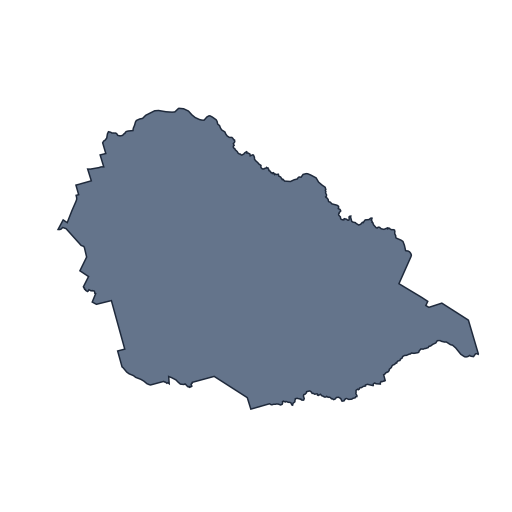 Etheridge, Queensland, Australia (Natural Earth projection), rotated 159°
{"feature_id": "25037944B75577230273205", "entity_name": "Etheridge", "entity_type": "district", "adm_level": 2, "iso_a3": "AUS", "parent_name": "Australia", "parent_adm1": "Queensland", "projection": "natural_earth1", "projection_center": [143.382, -18.563], "detail": "fine", "context": "isolated", "style": "filled", "palette": "slate", "viewbox_px": 512, "rotation_deg": 159, "n_neighbors": 0, "source": "geoboundaries", "source_scale": "gbopen_adm2", "svg_char_len": 6086}
<svg xmlns="http://www.w3.org/2000/svg" viewBox="0 0 512 512"><g transform="rotate(159 256 256)"><path d="M83.5,85.0L80.7,120.0L99.4,145.4L113.0,146.1L115.2,148.9L111.9,152.1L116.0,157.8L132.5,178.9L111.7,199.7L110.8,200.8L110.6,201.5L110.6,203.0L111.2,204.9L112.3,206.2L114.1,207.1L114.4,207.5L113.6,212.9L113.6,216.9L114.9,218.8L118.7,222.5L118.8,223.5L118.3,224.8L118.5,226.9L118.1,228.2L117.6,229.0L117.4,230.6L118.2,231.3L120.2,232.1L121.1,233.0L121.4,234.0L122.8,234.9L122.9,234.2L123.5,234.2L123.5,235.1L127.0,235.0L129.4,236.6L130.3,238.4L131.0,238.9L131.7,239.1L132.8,238.7L133.7,239.3L135.1,243.1L135.0,245.2L135.6,245.8L135.2,246.5L135.2,247.2L135.6,248.1L134.3,249.3L134.2,249.9L135.5,250.2L137.4,249.5L140.9,250.5L141.5,250.4L144.0,248.7L144.6,249.3L147.0,248.1L149.0,248.1L151.0,250.7L151.2,251.5L153.5,253.0L154.2,254.0L153.8,258.1L153.2,259.3L154.3,259.5L155.2,259.1L155.7,257.2L156.4,256.3L157.0,256.3L157.7,256.7L158.2,257.8L160.2,259.2L160.7,259.0L161.0,258.3L161.8,258.5L163.3,259.7L163.6,260.6L163.2,262.3L164.1,264.3L164.1,264.9L163.5,266.0L163.0,266.1L162.8,266.7L160.9,267.5L160.7,268.1L160.9,269.4L162.2,270.8L161.2,272.2L161.2,273.0L162.2,274.4L166.5,277.5L167.3,279.6L168.4,280.4L168.7,281.1L168.4,283.0L168.9,284.7L169.8,285.9L169.8,286.3L168.9,286.5L168.5,287.2L168.2,288.2L168.5,289.4L168.3,290.4L167.7,291.0L167.8,292.3L167.5,292.8L167.0,293.0L166.8,295.4L168.9,298.5L171.1,302.5L171.9,307.4L175.8,311.9L178.2,314.2L179.6,314.9L182.8,315.3L185.7,313.4L187.4,314.3L188.5,314.1L189.9,313.1L193.0,313.5L197.1,313.2L202.5,315.7L203.2,317.8L203.5,318.1L204.1,317.9L204.7,320.9L206.1,322.5L205.8,324.3L208.1,324.9L208.8,325.8L209.5,325.4L209.8,326.4L209.7,327.3L210.0,327.6L211.2,327.2L211.3,328.0L212.2,328.5L212.1,329.1L212.5,329.8L212.5,330.4L213.2,330.9L213.3,331.4L213.0,332.3L213.4,333.3L213.3,334.0L214.1,334.2L214.4,334.9L215.0,334.5L216.9,334.7L217.4,334.4L218.9,335.1L219.6,336.7L219.6,337.3L218.9,338.8L220.3,340.8L220.9,342.6L222.0,344.7L222.7,346.8L222.1,348.8L222.2,351.1L222.7,351.6L225.5,351.6L225.1,353.3L226.5,355.0L227.6,355.3L227.2,356.5L227.4,356.8L229.7,356.3L230.8,355.6L233.1,355.3L233.6,355.7L234.0,356.7L235.0,357.2L235.9,358.6L236.1,360.2L237.3,362.6L237.3,363.7L238.0,364.6L238.2,365.8L237.7,366.8L236.8,367.0L236.9,369.0L235.3,369.9L234.8,370.5L234.5,372.0L235.0,372.3L235.6,374.5L236.1,375.4L238.4,376.3L239.9,378.4L240.5,380.7L240.6,383.0L242.8,385.9L243.3,388.1L243.3,390.8L244.5,392.9L244.1,395.6L244.4,397.5L247.0,401.4L248.7,403.3L249.6,403.7L252.0,403.4L255.8,401.4L257.7,402.2L259.8,403.6L263.2,407.1L265.3,410.8L267.1,415.5L270.8,419.4L275.0,421.5L275.6,421.5L280.1,419.6L282.7,420.3L288.3,422.9L294.9,426.8L298.6,427.9L308.5,426.9L312.6,425.1L315.4,425.6L319.1,425.4L320.5,424.3L322.5,421.6L324.7,419.3L325.9,417.2L330.6,418.5L332.6,418.7L333.9,418.1L334.5,417.4L335.4,417.4L337.4,416.4L339.8,416.8L341.9,418.2L342.2,420.1L342.9,421.0L346.5,422.5L347.3,423.6L349.2,424.9L350.9,423.3L353.1,419.6L355.6,418.1L357.0,417.9L358.6,416.6L359.5,405.5L365.3,406.2L366.2,393.8L368.6,394.7L371.0,394.8L379.6,396.5L382.0,397.5L382.8,385.2L398.7,386.7L399.6,376.8L402.2,377.1L402.5,374.9L403.0,373.3L404.4,371.6L411.7,364.2L420.3,354.8L423.1,358.8L431.3,351.7L430.3,351.2L428.6,350.9L426.2,351.9L423.5,349.6L415.5,328.6L413.4,326.7L413.2,325.3L414.5,315.7L425.7,305.3L419.7,296.8L428.2,289.1L428.1,288.2L427.7,287.8L428.0,287.1L427.9,286.3L427.2,285.9L427.4,285.0L426.0,283.2L425.3,283.4L424.0,284.4L422.4,282.5L421.4,282.5L421.1,282.0L420.5,281.9L419.7,281.4L419.5,279.9L419.9,279.1L419.2,278.3L425.4,271.7L422.3,268.1L407.0,266.2L411.9,216.1L419.2,216.9L420.8,200.5L420.1,199.3L418.3,194.0L416.7,191.5L413.3,188.3L411.8,185.8L407.8,182.2L405.6,179.5L403.6,175.9L401.7,174.1L400.7,173.4L387.1,172.0L386.7,171.2L386.2,171.1L385.6,170.5L384.8,169.1L383.7,169.3L382.8,167.9L380.7,174.8L378.5,172.8L375.2,169.1L373.9,166.1L372.5,163.5L369.4,161.9L368.7,162.1L368.2,161.6L367.8,161.7L366.6,158.5L366.0,158.3L365.2,157.2L364.6,157.2L364.6,157.8L363.6,157.2L362.5,157.5L362.7,159.2L362.4,159.7L361.3,160.0L360.9,160.9L338.2,158.6L314.9,126.9L315.7,114.9L296.3,113.2L295.4,112.0L294.5,111.4L292.8,111.3L290.9,110.6L289.8,110.5L288.2,109.7L286.4,108.1L284.7,108.2L283.7,109.4L283.5,110.5L282.4,110.7L281.0,109.2L280.3,109.5L279.6,109.1L278.4,107.9L276.8,107.2L276.1,106.5L275.9,104.1L275.3,103.6L274.2,105.2L271.9,106.0L271.5,107.2L270.3,108.3L270.3,108.7L268.5,108.4L267.8,107.7L267.0,107.4L265.7,106.2L265.4,106.3L265.1,105.3L264.6,104.9L263.2,104.4L262.1,105.5L261.9,108.3L261.0,109.5L259.7,109.4L258.0,110.2L257.4,111.2L254.2,110.8L253.2,109.4L252.8,107.6L251.8,107.3L250.7,105.9L248.4,105.5L248.0,104.6L248.4,104.1L247.9,103.5L245.3,103.8L244.8,102.1L243.0,100.5L242.9,100.0L242.1,99.5L240.7,99.3L240.3,99.6L239.3,98.2L238.4,98.1L237.3,97.2L236.7,95.6L236.0,95.5L235.0,94.1L233.4,94.1L231.6,95.1L229.6,94.6L228.0,92.6L227.8,89.8L227.0,89.4L225.4,89.3L224.8,90.1L224.2,90.2L223.7,90.7L222.5,90.5L220.9,88.9L217.8,88.0L216.8,88.4L214.2,88.1L213.3,88.9L212.2,88.6L211.8,89.4L212.1,91.9L211.3,93.0L211.0,94.4L210.2,95.0L208.7,95.2L208.4,94.5L207.4,94.7L206.6,95.6L205.3,95.6L204.7,95.3L202.7,95.8L200.4,95.4L200.1,96.3L198.0,96.3L193.1,93.0L192.8,93.2L192.6,94.2L192.2,94.6L190.7,94.9L189.7,93.7L185.8,91.9L185.3,93.2L184.1,94.0L183.6,93.5L181.3,93.4L181.0,93.7L180.6,93.2L180.0,93.4L179.4,99.4L178.2,99.5L176.8,100.4L175.3,100.4L175.1,100.7L174.2,100.5L172.8,101.3L172.1,102.5L169.6,103.4L168.4,104.7L166.9,105.2L165.4,105.1L164.0,106.0L163.1,105.6L162.2,106.6L161.1,107.1L159.0,106.9L158.2,107.9L156.1,108.4L155.1,109.6L153.0,109.9L151.0,109.3L148.4,109.5L146.9,109.2L145.7,109.7L143.4,108.5L139.4,107.7L138.3,108.0L137.8,108.8L135.4,110.1L133.2,109.1L131.7,109.2L131.0,108.9L128.0,108.8L126.9,109.7L125.2,109.4L122.5,110.2L119.3,110.4L117.4,111.8L116.7,111.9L114.3,111.0L113.6,110.0L110.8,108.1L109.1,107.5L106.5,103.9L105.6,103.0L104.5,102.4L102.5,98.6L100.0,90.8L97.4,87.2L96.1,86.5L94.3,86.2L92.1,86.6L91.9,86.0L91.1,85.3L89.0,84.1L86.1,86.0L84.9,85.7L83.8,84.6L83.5,85.0Z" fill="#64748b" stroke="#1e293b" stroke-width="1.5"/></g></svg>